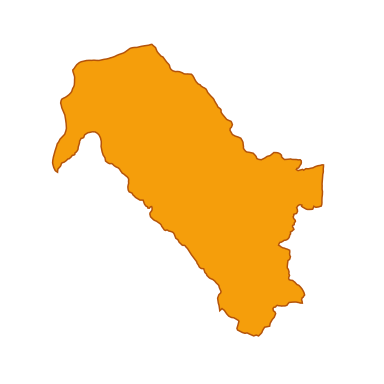 Vitória do Xingu, Pará, Brazil, rotated 352°
{"feature_id": "56859067B39122810620309", "entity_name": "Vitória do Xingu", "entity_type": "district", "adm_level": 2, "iso_a3": "BRA", "parent_name": "Brazil", "parent_adm1": "Pará", "projection": "robinson", "projection_center": [-51.962, -3.173], "detail": "fine", "context": "isolated", "style": "filled", "palette": "amber", "viewbox_px": 384, "rotation_deg": 352, "n_neighbors": 0, "source": "geoboundaries", "source_scale": "gbopen_adm2", "svg_char_len": 5997}
<svg xmlns="http://www.w3.org/2000/svg" viewBox="0 0 384 384"><g transform="rotate(352 192 192)"><path d="M203.0,313.4L205.5,311.6L206.6,312.8L207.5,313.6L209.4,317.5L211.1,320.0L213.5,321.7L216.0,322.4L219.8,325.4L220.5,326.5L219.0,330.1L217.5,333.3L217.9,335.0L222.4,338.2L224.8,339.3L227.0,339.2L228.7,340.4L233.1,343.1L235.7,342.6L237.9,343.8L240.6,341.8L241.6,340.9L242.5,339.2L243.9,337.4L245.1,336.0L250.2,335.7L251.1,332.9L253.8,329.4L256.0,327.5L257.9,324.1L257.5,322.4L256.1,321.0L255.9,318.8L256.9,317.6L258.7,317.5L259.7,316.5L260.6,316.1L262.0,316.7L263.3,316.9L264.8,317.4L266.3,317.5L267.7,317.7L268.8,317.7L270.4,317.3L271.2,316.3L272.8,314.9L275.7,315.0L278.9,315.3L280.3,315.6L281.2,316.0L282.2,316.3L283.7,317.0L285.8,317.4L285.8,315.5L285.5,313.9L286.4,312.1L287.5,311.6L288.3,310.5L289.2,309.7L288.9,307.4L288.5,306.0L287.5,303.4L286.2,301.2L284.8,299.3L283.0,298.2L281.2,295.5L280.1,294.5L279.4,293.6L277.2,293.0L276.0,292.3L275.7,291.2L276.0,289.8L277.0,288.2L276.5,286.4L277.0,284.6L276.6,282.0L275.8,280.5L276.0,278.8L276.8,275.7L277.5,273.2L279.2,272.4L279.8,271.3L280.5,269.6L280.0,268.4L280.0,266.7L280.5,265.0L280.6,263.3L279.4,262.5L278.3,261.8L276.9,261.2L275.8,260.5L274.1,259.9L272.7,258.9L271.4,257.5L270.3,256.8L270.9,255.4L272.1,254.1L273.4,254.1L275.4,253.3L276.4,252.7L278.2,252.7L279.6,252.3L281.0,251.5L282.1,250.1L282.9,248.1L283.8,247.2L283.9,245.3L285.4,244.8L286.6,243.9L287.7,243.3L287.4,241.8L286.7,240.7L287.0,239.1L288.6,238.6L289.0,236.8L290.3,235.6L290.3,234.4L289.0,232.4L288.7,230.6L289.5,229.6L289.6,228.3L291.0,228.0L292.5,227.8L293.8,225.9L293.9,224.1L293.4,222.0L294.2,221.3L294.9,220.4L295.9,219.9L297.1,219.5L299.0,220.3L298.5,221.3L299.3,222.2L302.8,224.9L304.1,225.4L307.5,225.8L309.1,225.8L309.8,224.7L310.7,223.1L311.5,223.8L312.6,224.4L314.1,224.4L315.2,224.4L316.8,224.1L318.1,223.9L318.8,222.3L319.2,220.6L319.5,218.2L320.0,215.5L320.7,213.0L321.3,209.6L321.2,207.3L321.8,203.6L321.9,202.2L324.0,192.6L324.6,191.1L324.9,190.0L325.2,187.4L325.8,185.0L326.0,183.5L324.6,183.2L322.6,183.5L320.6,183.5L318.6,183.8L317.0,184.2L315.2,184.9L312.6,185.0L310.8,185.2L309.8,185.1L308.1,184.7L305.6,185.9L304.7,185.0L300.0,185.6L298.4,184.3L299.2,183.2L300.9,183.0L301.9,181.7L302.9,180.4L303.9,179.4L304.4,178.0L304.5,176.3L303.6,175.1L301.7,175.0L300.1,174.4L297.1,173.9L295.5,173.6L294.3,173.0L292.8,173.0L289.5,172.8L288.1,172.7L286.5,171.0L285.6,169.6L285.7,168.0L284.4,166.3L282.8,165.3L281.4,164.8L278.6,164.3L274.5,166.8L271.4,167.2L268.5,168.6L265.1,169.7L262.4,168.9L260.9,167.9L260.4,165.7L259.7,164.5L258.0,162.1L254.6,160.8L251.8,160.0L250.7,159.0L249.6,157.2L249.0,155.7L249.3,154.3L249.3,151.8L249.4,149.9L249.0,148.4L247.8,145.5L245.4,144.0L242.5,142.6L240.0,140.7L238.2,136.2L238.7,134.3L240.0,133.4L240.8,132.0L241.4,130.9L240.9,128.5L240.4,127.4L238.0,126.0L236.4,124.9L232.9,119.2L231.9,117.0L232.2,114.8L231.7,113.7L229.4,111.3L228.9,109.3L228.3,108.1L226.9,104.7L226.6,103.4L225.9,102.1L223.8,99.3L221.4,95.6L220.9,93.8L220.2,92.0L218.8,90.7L217.6,90.0L215.7,88.3L215.1,87.1L213.1,85.8L211.4,83.3L210.2,80.3L209.9,79.2L208.9,76.8L207.8,75.3L204.1,74.5L202.3,74.3L200.6,73.9L198.8,72.5L196.3,71.1L194.3,70.6L192.5,70.5L190.6,69.7L189.5,69.0L188.2,67.6L187.4,65.5L187.4,64.2L187.1,63.0L186.4,61.8L185.5,60.6L184.8,59.5L182.0,54.2L180.3,53.2L177.8,49.5L176.9,47.8L176.0,43.9L173.8,41.5L172.8,40.2L171.8,40.2L169.6,40.6L168.0,40.6L165.3,40.6L161.9,40.7L160.0,40.9L158.2,41.1L156.8,41.1L155.7,40.9L153.6,40.8L151.4,41.0L150.4,41.3L145.4,44.0L143.5,44.8L138.7,45.7L136.4,46.3L134.8,46.9L132.7,47.4L130.9,47.7L129.7,47.8L128.6,48.1L125.8,48.4L123.2,48.4L119.8,48.7L118.2,48.8L115.8,48.4L113.1,47.8L110.8,47.7L109.8,47.5L108.3,47.3L105.8,47.1L100.3,47.6L98.4,48.2L95.6,49.9L93.4,52.2L92.5,53.3L90.9,54.6L90.9,56.3L91.7,60.8L91.7,62.6L91.4,63.9L91.0,66.7L90.3,69.8L89.4,71.5L88.3,72.8L87.8,73.8L86.9,75.7L85.8,76.9L83.8,78.5L81.5,79.8L79.6,80.7L77.8,81.2L75.9,82.0L75.1,83.3L74.3,85.6L74.6,87.8L74.8,90.5L76.8,98.0L76.9,102.4L76.9,106.5L76.8,108.0L76.5,111.5L75.7,113.7L74.0,117.1L68.7,121.3L66.9,123.9L65.3,125.5L64.3,127.8L62.1,132.3L59.6,138.1L58.6,141.1L58.0,143.7L58.1,145.5L58.5,148.5L59.5,151.7L60.4,152.7L61.6,153.7L62.0,152.0L62.4,150.6L64.1,149.2L65.3,148.2L66.0,147.1L66.5,145.9L67.4,145.0L69.4,144.7L71.4,143.7L72.8,142.7L73.8,142.0L75.2,141.9L76.2,141.1L77.3,140.4L78.6,139.0L80.1,139.0L81.1,138.6L81.6,137.0L82.8,136.4L84.3,135.0L85.1,133.7L85.6,131.6L86.8,129.1L87.5,127.4L87.8,125.9L88.7,124.8L89.6,123.5L91.0,123.4L92.3,123.0L92.9,121.8L93.7,120.4L95.4,119.6L97.1,118.8L98.2,118.8L101.7,118.5L104.4,119.0L106.6,120.8L107.9,122.6L108.9,125.7L109.2,129.2L108.9,131.5L108.3,134.3L108.6,139.7L109.2,143.1L109.9,144.5L110.6,146.2L110.7,149.3L112.5,151.2L113.4,151.9L114.4,152.5L116.1,152.6L117.1,153.1L118.4,154.9L120.0,156.4L122.4,157.9L123.6,159.5L124.0,160.6L125.6,163.7L126.6,164.4L127.6,165.4L128.3,166.3L129.9,167.9L130.9,169.6L131.0,171.0L130.6,172.7L130.5,174.5L129.7,176.4L129.2,178.0L129.1,179.8L129.1,181.2L129.8,183.1L132.4,184.7L133.3,186.9L134.3,188.0L135.3,189.5L136.9,190.8L139.4,192.8L140.4,192.9L141.5,193.1L142.5,193.3L143.2,197.1L143.8,198.4L144.6,199.7L145.8,200.3L146.1,201.8L147.5,202.1L148.9,200.8L150.0,200.8L150.2,202.0L150.1,203.7L149.5,204.9L147.5,206.9L147.2,208.0L147.5,210.8L150.1,214.2L151.3,215.1L152.8,216.0L156.1,219.1L156.9,220.3L157.2,221.6L159.3,225.7L160.5,226.4L161.5,226.1L162.6,226.4L163.4,227.3L165.2,228.0L166.8,228.8L167.6,229.4L168.4,230.7L169.2,234.1L169.5,235.5L171.4,237.3L172.4,240.2L173.6,241.5L174.4,242.8L175.6,243.6L176.9,243.7L177.8,244.4L178.6,246.0L179.6,247.2L182.7,254.0L186.9,261.6L187.2,263.4L188.1,265.1L188.8,267.3L189.8,268.4L190.6,269.1L192.9,269.6L193.6,273.5L194.9,275.3L195.2,276.8L196.0,277.8L196.7,278.8L197.4,279.6L198.3,280.3L200.5,281.6L202.1,283.3L203.3,285.3L204.8,287.2L205.5,288.2L205.8,290.7L206.9,294.5L206.4,295.9L204.3,297.5L202.6,300.7L202.6,305.7L203.0,308.2L203.0,313.4Z" fill="#f59e0b" stroke="#b45309" stroke-width="1.5"/></g></svg>